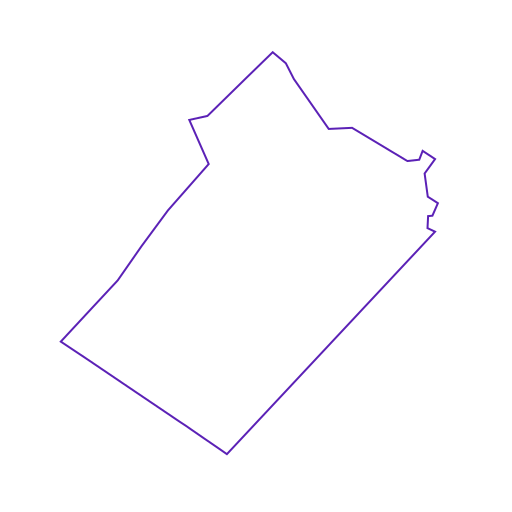 Christian, Kentucky, United States of America, rotated 35°
{"feature_id": "52423323B93748652939818", "entity_name": "Christian", "entity_type": "district", "adm_level": 2, "iso_a3": "USA", "parent_name": "United States of America", "parent_adm1": "Kentucky", "projection": "mercator", "projection_center": [-87.48, 36.897], "detail": "fine", "context": "isolated", "style": "outline", "palette": "violet", "viewbox_px": 512, "rotation_deg": 35, "n_neighbors": 0, "source": "geoboundaries", "source_scale": "gbopen_adm2", "svg_char_len": 600}
<svg xmlns="http://www.w3.org/2000/svg" viewBox="0 0 512 512"><g transform="rotate(35 256 256)"><path d="M345.8,435.0L388.7,133.4L380.5,134.8L374.1,124.6L377.4,121.8L374.7,108.4L362.7,108.9L346.8,91.7L347.1,73.9L332.2,74.3L334.5,83.5L325.5,91.4L261.2,95.9L242.7,110.2L185.5,89.3L169.9,81.0L152.8,79.5L146.2,114.1L135.9,169.1L123.3,182.8L164.5,207.8L157.7,269.1L156.6,313.5L156.7,355.3L151.6,391.8L145.2,438.1L174.9,437.4L217.6,436.7L218.7,436.7L284.5,435.6L289.5,435.5L296.0,435.3L302.0,435.3L318.0,435.2L339.2,435.0L341.2,435.0L345.8,435.0Z" fill="none" stroke="#5b21b6" stroke-width="2"/></g></svg>